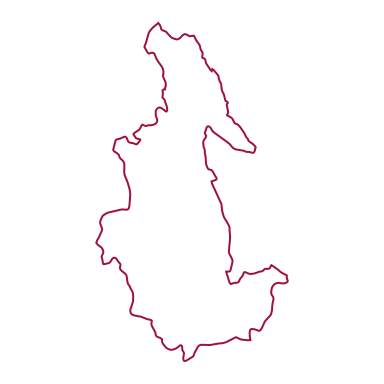 map outline of Ayacucho (Natural Earth projection)
{"feature_id": "PER-586", "entity_name": "Ayacucho", "entity_type": "Department", "adm_level": 1, "iso_a3": "PER", "parent_name": "Peru", "parent_adm1": "", "projection": "natural_earth1", "projection_center": [-74.059, -13.878], "detail": "fine", "context": "isolated", "style": "outline", "palette": "rose", "viewbox_px": 384, "rotation_deg": 0, "n_neighbors": 0, "source": "natural_earth", "source_scale": "10m", "svg_char_len": 6022}
<svg xmlns="http://www.w3.org/2000/svg" viewBox="0 0 384 384"><path d="M193.9,35.7L196.2,40.3L199.4,44.8L199.9,45.9L200.4,48.5L200.8,49.7L201.6,51.1L202.2,51.7L202.5,52.4L202.6,54.1L202.2,56.8L202.5,57.9L204.0,58.4L204.9,59.0L205.4,60.4L206.0,63.1L210.5,70.0L211.7,71.1L212.3,69.1L213.6,70.0L217.7,74.8L218.4,76.2L219.1,79.5L219.7,81.2L220.9,83.5L221.3,84.7L221.5,88.3L222.4,91.8L223.4,93.3L224.0,94.9L225.2,99.9L225.6,100.9L227.0,101.6L227.6,102.2L227.8,102.9L227.4,103.2L226.7,104.9L228.3,112.5L227.1,114.6L227.1,115.3L228.5,116.0L231.4,117.8L232.6,119.0L234.3,122.7L234.8,123.3L237.5,124.3L239.9,126.7L244.2,132.9L246.3,137.2L247.9,139.1L248.3,140.4L248.9,141.2L252.9,144.0L255.1,146.4L255.7,147.4L255.3,148.4L254.6,151.3L254.0,152.3L253.2,152.8L252.3,152.8L249.4,152.0L248.3,151.9L246.9,151.9L245.9,151.7L244.2,150.9L243.4,150.7L235.4,149.3L233.0,148.0L229.7,144.1L228.3,142.9L213.8,132.3L212.2,130.7L211.1,128.5L210.0,127.2L209.1,126.5L208.1,126.3L207.3,126.7L206.7,127.4L206.4,128.3L205.8,130.4L205.0,132.1L204.8,133.0L205.1,133.9L206.2,135.9L205.6,137.7L203.7,140.4L203.3,141.8L203.2,143.2L203.6,146.6L203.8,147.5L204.7,149.4L204.8,152.9L205.6,156.6L206.0,163.3L206.3,164.8L207.5,167.8L208.1,168.8L208.9,169.4L211.1,169.9L211.8,170.4L212.4,171.0L212.9,171.8L214.8,175.3L216.5,177.9L216.5,179.3L216.1,179.7L215.1,180.2L211.6,181.3L212.0,183.6L221.4,204.0L222.1,210.5L223.1,214.6L223.8,216.6L224.4,218.0L226.4,221.1L229.1,226.0L229.5,227.6L229.6,229.0L229.5,230.5L230.0,234.6L230.1,238.4L228.9,251.1L229.0,252.8L231.0,256.9L232.4,259.8L232.5,262.0L230.5,270.2L229.9,271.2L229.0,271.6L227.0,271.5L226.2,271.6L226.3,272.2L229.5,282.5L230.7,284.0L234.5,282.9L237.1,282.7L237.9,282.4L238.6,281.9L239.1,281.1L239.9,279.3L240.4,278.4L242.2,276.4L242.7,275.7L243.1,274.7L243.7,272.8L244.2,272.2L245.1,272.2L245.9,272.4L247.9,273.3L249.2,273.8L250.2,273.9L251.1,274.0L253.1,273.7L255.0,273.3L258.5,272.0L260.3,271.5L261.8,271.4L262.5,271.0L263.2,270.5L264.4,269.2L265.2,268.9L266.1,268.8L267.5,268.9L268.6,268.8L269.5,268.4L270.0,267.7L270.8,266.1L271.4,265.2L273.8,266.6L275.5,268.0L277.6,269.3L280.2,271.7L281.3,272.5L286.7,275.3L286.9,278.4L287.7,280.7L287.6,281.6L287.0,282.2L286.2,282.7L284.4,283.3L283.4,283.4L282.3,283.4L278.5,282.9L277.5,282.9L276.5,283.2L274.9,284.0L274.2,284.5L273.1,285.7L272.2,287.1L271.8,288.2L271.1,292.7L271.7,294.8L272.9,296.5L273.4,297.8L273.5,299.0L273.4,300.1L272.9,301.6L272.3,305.4L272.0,310.2L271.1,314.2L270.1,315.7L265.2,321.0L264.6,322.0L261.9,328.0L260.9,329.6L260.4,330.2L259.7,330.7L259.1,330.8L258.4,330.7L255.9,329.7L254.0,329.2L252.2,329.0L251.3,329.1L250.5,329.5L250.0,330.3L249.6,333.2L249.9,337.3L250.4,340.1L246.9,340.2L240.7,339.4L239.1,338.7L238.4,338.3L235.9,337.2L226.1,342.2L222.5,343.2L218.7,343.5L210.1,345.0L201.3,344.8L199.8,345.2L198.7,345.8L198.1,346.5L194.8,352.3L193.8,355.2L193.2,356.2L192.3,357.0L186.0,360.8L184.6,361.0L183.8,360.6L183.4,359.7L183.3,358.7L183.3,357.8L184.0,353.5L183.8,352.5L183.4,351.8L182.5,350.4L182.3,349.9L182.2,347.1L181.9,346.1L181.2,345.3L180.4,345.3L179.6,345.7L177.6,347.4L175.6,348.6L173.6,349.4L172.5,349.7L171.6,349.8L170.0,349.6L168.2,349.0L167.4,348.5L165.9,347.5L163.1,344.0L162.6,343.1L162.3,342.2L162.1,341.3L162.0,339.3L160.4,338.0L157.2,336.8L156.3,335.9L155.7,334.9L155.6,333.8L155.1,332.1L154.2,330.2L152.3,326.8L151.5,324.9L151.4,323.4L151.8,321.5L151.7,320.6L151.0,320.1L150.2,319.8L147.2,319.1L140.9,316.7L134.5,315.5L132.2,314.6L131.4,313.9L130.8,313.1L130.5,312.2L130.2,310.1L133.0,301.6L133.1,300.1L133.2,296.9L132.9,293.3L132.6,292.2L132.2,291.2L130.7,288.8L129.6,286.0L128.0,284.0L127.3,281.2L127.0,278.2L126.7,276.4L126.3,275.2L125.2,273.7L121.6,270.8L120.8,270.0L120.0,268.5L120.0,267.3L120.5,264.7L120.2,263.8L118.1,261.4L117.2,259.9L116.4,258.9L115.6,258.1L114.8,257.8L113.9,257.7L113.1,258.1L112.4,258.6L110.4,261.7L109.8,262.4L109.1,262.9L108.3,263.2L104.0,264.2L103.2,263.9L102.9,263.2L102.6,260.7L101.6,256.6L103.3,252.7L103.2,250.5L102.3,248.8L101.8,248.0L101.2,247.3L97.6,244.6L96.3,242.8L96.9,241.0L97.6,239.4L98.6,238.0L101.7,231.0L102.2,229.2L101.7,227.5L100.2,223.6L100.2,222.0L100.5,220.5L100.9,219.5L102.6,215.9L104.6,214.4L108.0,212.6L121.9,209.4L126.4,209.7L127.7,209.5L128.4,208.9L129.0,207.6L129.4,205.8L130.3,194.3L129.6,189.2L127.7,182.6L124.6,174.9L124.2,171.9L124.4,164.4L124.0,162.8L123.3,161.5L122.5,160.4L120.5,158.6L120.0,157.9L119.5,157.1L118.9,155.1L118.3,154.3L117.0,153.2L114.7,151.7L114.0,151.2L113.5,150.5L113.2,149.7L115.6,140.5L116.0,139.9L116.5,139.5L120.7,138.4L123.9,136.9L124.7,136.7L125.5,136.8L126.3,137.4L126.8,138.2L128.0,141.2L128.4,141.8L129.3,142.4L130.6,142.8L133.0,143.1L135.2,144.1L137.0,144.2L139.9,140.8L140.3,140.0L140.1,139.5L138.9,139.0L137.8,138.9L136.0,138.1L133.5,134.5L133.8,133.6L134.9,132.6L138.9,130.0L140.0,128.6L141.4,125.8L141.9,125.1L142.5,124.7L143.1,124.9L144.6,125.7L145.4,125.9L146.4,125.9L148.2,125.4L149.1,125.2L150.9,125.3L153.8,124.6L155.0,124.0L156.4,122.9L157.1,121.6L157.2,120.5L157.2,119.6L156.9,118.6L156.2,116.9L155.7,114.7L155.7,112.4L155.8,111.2L156.1,110.2L156.6,109.4L157.2,108.7L157.8,108.1L158.6,107.7L159.7,107.5L160.9,107.8L162.7,108.9L165.3,111.0L166.0,111.4L166.5,111.5L167.2,110.4L167.1,108.0L166.8,106.5L164.4,99.6L162.4,97.3L162.8,94.2L162.9,93.3L162.5,90.3L163.1,89.7L163.6,89.4L164.8,89.6L165.0,89.5L165.1,89.1L165.1,87.7L165.7,86.3L165.8,85.3L165.7,82.8L165.3,81.8L163.5,77.6L163.0,76.2L162.9,75.2L163.3,74.2L163.4,73.0L163.4,71.1L163.2,70.0L162.8,68.5L161.9,66.9L157.7,60.9L156.1,58.1L154.5,53.9L154.1,53.4L153.5,53.0L152.2,52.7L151.0,52.8L149.9,53.4L148.9,53.6L147.5,52.4L144.4,46.9L146.3,41.7L148.6,33.3L149.1,32.2L149.9,31.0L152.8,27.6L158.3,23.0L159.8,25.0L160.2,25.6L160.7,27.0L161.1,28.7L161.5,29.5L161.7,29.8L162.4,30.2L165.3,31.4L166.1,31.9L166.7,32.3L168.4,34.5L169.7,35.7L170.9,37.0L171.6,37.6L172.5,38.1L176.1,39.3L176.7,39.4L177.5,39.3L179.0,38.7L180.2,37.9L182.3,35.5L184.2,34.3L184.8,34.2L185.6,34.2L186.9,34.7L189.2,36.1L190.4,36.2L193.9,35.7Z" fill="none" stroke="#9f1239" stroke-width="2"/></svg>